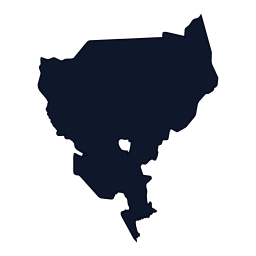 SVG path tracing the border of Tillabéri
{"feature_id": "NER-4859", "entity_name": "Tillabéri", "entity_type": "Department", "adm_level": 1, "iso_a3": "NER", "parent_name": "Niger", "parent_adm1": "", "projection": "equal_earth", "projection_center": [2.123, 13.809], "detail": "fine", "context": "isolated", "style": "filled", "palette": "ink", "viewbox_px": 256, "rotation_deg": 0, "n_neighbors": 0, "source": "natural_earth", "source_scale": "10m", "svg_char_len": 5627}
<svg xmlns="http://www.w3.org/2000/svg" viewBox="0 0 256 256"><path d="M156.2,210.9L155.7,211.8L154.6,211.9L154.2,212.0L153.3,211.9L152.8,212.1L152.4,212.5L151.7,213.6L151.3,214.0L150.8,214.2L150.3,213.8L149.9,214.0L149.6,214.3L149.5,214.8L149.4,215.2L149.3,215.7L148.7,217.0L148.3,217.3L146.7,216.7L146.4,216.8L145.9,217.3L145.6,217.5L145.4,217.5L145.0,217.2L144.8,217.1L143.3,217.7L143.1,217.9L142.7,218.4L142.4,218.6L142.1,218.6L142.0,218.3L141.9,218.0L141.8,217.9L141.3,217.9L140.8,217.8L140.5,217.9L140.3,218.7L140.1,219.3L139.9,219.2L139.6,218.9L139.3,218.8L139.1,219.0L138.7,219.6L138.6,219.8L138.0,219.9L137.0,219.8L136.4,219.9L135.4,220.6L135.0,221.6L135.0,222.9L135.4,226.2L136.9,231.8L137.2,232.3L137.5,232.8L137.9,233.3L138.4,233.6L138.8,233.7L139.1,234.0L139.2,234.7L139.2,235.8L138.8,235.9L138.4,235.6L137.9,235.7L137.6,236.1L137.3,237.0L137.0,237.4L136.6,237.5L136.2,237.5L135.8,237.6L135.6,238.4L135.6,239.0L136.2,240.0L136.2,240.6L134.0,238.1L130.5,231.6L127.4,225.9L124.1,219.9L122.2,216.4L121.4,214.3L121.5,212.6L122.1,211.9L124.7,211.2L124.9,211.0L125.2,210.4L125.5,210.2L126.1,210.5L126.3,210.6L128.9,210.3L129.5,210.1L129.9,209.4L129.8,208.1L129.8,207.9L129.9,207.2L129.7,206.5L129.2,205.7L128.9,205.3L128.6,204.4L128.4,203.6L128.0,200.0L127.9,199.3L127.6,198.5L127.2,197.8L126.4,197.2L125.9,196.7L125.5,196.1L125.3,195.7L125.0,194.6L123.9,192.8L122.1,192.2L117.9,191.7L117.5,192.0L116.7,193.1L116.2,193.5L115.9,193.4L115.6,193.3L115.2,193.4L115.0,193.6L114.7,194.4L114.0,195.9L113.5,197.0L113.0,198.1L112.2,198.7L111.5,198.8L105.9,198.2L101.4,197.7L100.0,197.2L98.7,196.3L95.7,192.9L93.3,190.2L89.7,186.2L88.6,185.0L85.4,181.4L82.7,178.4L80.2,175.7L78.9,174.8L75.8,174.4L74.5,173.5L74.1,172.6L74.0,171.5L74.0,170.4L74.0,166.6L74.0,161.1L74.0,156.1L74.6,153.7L75.5,153.9L79.0,155.8L81.3,156.5L82.3,157.1L82.6,157.0L83.1,154.9L83.3,154.3L83.5,154.0L84.3,154.3L85.0,155.1L85.9,155.6L87.1,155.0L86.2,153.8L85.5,153.2L84.8,152.9L83.0,152.6L82.2,152.3L77.4,149.4L76.0,148.0L75.1,146.2L74.9,143.5L73.2,141.0L70.8,139.2L68.8,138.4L67.1,138.6L66.3,138.5L65.5,138.0L65.0,137.3L64.9,136.9L65.1,136.7L65.1,136.1L65.1,135.6L64.9,135.2L64.5,135.1L58.7,135.3L57.5,134.8L56.9,133.3L57.1,132.5L57.6,131.2L57.8,130.1L57.5,129.6L56.7,129.2L56.2,128.5L55.7,127.7L54.3,126.4L53.6,125.6L53.4,125.3L53.1,124.6L52.7,123.5L52.4,123.0L51.5,122.2L51.2,121.8L51.2,121.2L51.5,120.1L51.5,119.6L51.1,118.9L50.3,118.4L49.6,117.8L49.2,116.7L49.2,115.7L48.7,115.2L48.1,114.8L47.7,114.2L47.7,113.7L48.1,112.7L48.1,112.3L48.0,111.8L47.7,111.5L47.4,111.3L47.2,110.9L46.6,109.8L46.4,109.1L46.6,108.4L47.7,106.3L47.9,105.6L48.1,103.7L48.3,103.2L48.7,102.5L48.7,102.0L48.6,101.7L46.8,98.4L40.5,90.9L39.9,90.1L38.6,87.3L38.4,84.3L41.3,73.5L41.0,71.7L39.8,68.3L39.8,66.6L40.4,65.7L41.0,65.0L41.4,64.2L41.3,62.9L41.1,60.0L41.1,58.5L41.4,57.9L47.2,59.8L48.7,59.8L50.1,59.4L52.9,58.1L54.3,58.0L61.0,61.2L61.6,61.1L62.8,60.8L64.1,60.1L65.4,59.5L72.0,59.2L73.2,58.9L74.3,58.2L78.0,53.7L80.8,50.3L84.3,46.0L87.3,42.4L88.5,41.5L89.9,41.0L93.2,40.9L97.4,40.7L101.6,40.5L105.8,40.3L110.0,40.1L114.2,39.9L118.5,39.7L122.7,39.6L126.9,39.4L131.1,39.2L135.3,39.0L139.5,38.8L143.8,38.6L148.0,38.4L152.2,38.2L156.4,38.0L160.6,37.9L162.8,37.8L163.0,37.0L163.0,34.8L163.1,33.7L163.2,33.1L163.5,32.8L164.2,32.6L166.0,32.6L171.2,33.7L179.4,35.6L183.9,36.6L184.1,36.7L184.9,36.9L185.3,30.1L185.7,28.6L189.6,25.5L193.0,20.6L194.5,19.5L198.0,18.6L199.7,17.4L200.7,15.7L200.9,15.4L201.2,16.2L211.1,52.4L210.9,60.6L211.1,63.1L211.4,64.3L217.6,77.8L216.9,84.8L215.6,86.7L214.4,87.1L214.0,87.4L213.6,87.9L213.2,89.7L212.6,90.4L211.9,91.0L208.5,93.1L208.2,93.2L207.0,93.1L206.4,93.2L205.9,93.4L205.3,93.7L204.7,94.1L198.7,100.9L197.4,103.3L197.2,103.8L197.0,104.7L195.4,113.7L195.1,114.9L194.3,116.3L186.2,126.2L184.8,127.3L177.5,131.4L177.0,131.5L176.3,131.2L171.8,128.7L171.1,128.4L170.5,128.4L170.1,129.0L169.3,130.8L168.8,132.4L168.0,137.4L167.8,138.3L167.5,139.1L166.9,139.4L166.2,139.5L163.1,139.5L162.8,139.6L162.4,139.9L162.1,140.6L161.2,143.4L160.8,144.0L160.1,144.3L158.9,144.7L158.0,145.0L157.8,145.3L157.7,145.6L157.6,146.8L157.4,148.2L157.1,149.4L157.0,150.1L157.0,150.4L157.1,150.7L157.5,151.8L157.5,152.2L157.6,152.5L157.1,155.2L156.4,157.6L155.6,159.3L155.3,159.7L155.0,159.9L154.8,159.9L154.5,159.8L154.0,159.6L153.5,159.2L153.3,159.0L153.2,159.0L152.3,158.9L151.7,158.9L150.2,159.3L146.4,163.2L146.2,163.4L145.7,163.6L145.3,163.8L145.0,163.9L144.5,163.9L143.9,163.8L142.9,163.5L142.7,163.4L142.4,163.5L142.0,163.6L141.4,164.0L141.0,164.5L140.5,165.3L140.2,165.9L140.0,166.3L139.9,166.7L139.9,167.0L140.0,167.4L142.7,175.4L142.8,175.5L143.0,175.5L149.7,176.4L150.4,176.7L150.9,177.1L151.1,178.1L151.0,178.6L150.9,178.9L150.1,179.5L148.6,181.2L148.4,181.4L147.4,182.0L146.8,182.6L146.1,183.4L145.8,183.8L145.7,184.2L145.6,184.6L145.5,185.3L145.6,186.0L145.6,186.7L146.4,190.5L146.5,191.2L146.5,192.0L146.4,193.1L146.1,194.5L146.1,196.0L146.4,200.0L146.5,201.1L146.7,201.9L146.7,203.5L146.8,204.0L148.6,204.0L148.9,204.4L149.1,204.3L149.3,203.8L149.3,203.5L149.5,203.1L149.6,202.7L149.8,202.4L150.2,202.2L150.6,202.4L150.9,203.0L151.1,203.8L151.1,205.3L151.2,207.0L151.7,208.3L152.7,208.9L153.6,209.1L155.2,210.4L156.2,210.9ZM124.4,139.1L122.3,138.5L120.6,138.5L119.0,139.3L118.1,140.8L117.9,142.1L118.0,144.2L118.8,146.4L119.8,148.3L121.1,150.0L122.6,150.7L124.2,151.0L125.6,151.3L127.0,151.1L127.2,151.9L127.5,152.9L127.8,153.9L128.7,152.9L129.4,152.2L130.3,149.9L130.8,147.4L131.2,145.0L131.3,143.2L131.2,141.6L130.5,141.1L129.4,141.4L129.0,140.8L129.1,139.0L128.7,138.8L126.7,139.0L124.4,139.1Z" fill="#0f172a" stroke="#020617" stroke-width="1.5"/></svg>